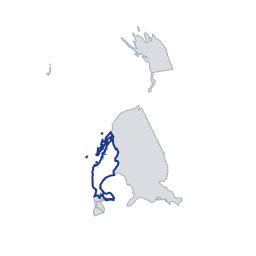 Mexico highlighted, Robinson projection, rotated 64°
{"feature_id": "MEX", "entity_name": "Mexico", "entity_type": "country or territory", "adm_level": 0, "iso_a3": "MEX", "parent_name": "North America", "parent_adm1": "", "projection": "robinson", "projection_center": [-103.635, 23.63], "detail": "fine", "context": "with_neighbors", "style": "outline", "palette": "blue", "viewbox_px": 256, "rotation_deg": 64, "n_neighbors": 6, "source": "natural_earth", "source_scale": "50m", "svg_char_len": 10939}
<svg xmlns="http://www.w3.org/2000/svg" viewBox="0 0 256 256"><g transform="rotate(64 128 128)"><path d="M116.0,107.0L166.5,107.0L166.4,106.1L167.0,106.1L167.4,107.3L168.0,107.7L171.2,108.2L173.0,108.9L174.5,108.6L177.4,109.2L179.0,108.6L185.7,111.8L185.9,112.4L186.4,112.6L186.3,112.9L187.1,112.7L187.7,113.6L188.5,113.9L188.3,114.3L190.4,115.4L191.5,119.5L190.0,123.0L190.2,123.6L190.9,123.9L197.8,121.2L197.2,119.8L198.0,119.4L201.6,119.4L202.1,118.5L204.8,116.2L211.1,116.2L211.2,115.6L212.5,115.1L213.3,112.3L214.4,110.5L215.1,111.1L216.2,110.7L217.2,111.4L217.8,114.6L219.7,116.6L214.2,119.3L213.1,121.2L213.3,122.4L214.1,123.6L214.9,123.7L214.6,122.8L215.2,123.4L215.2,124.0L209.8,125.0L208.3,125.7L211.0,125.2L211.7,125.7L209.1,126.4L207.9,126.4L207.9,126.1L207.4,126.8L208.0,126.9L207.7,128.5L206.5,130.4L206.3,129.8L205.2,129.0L205.7,130.3L206.3,130.7L206.4,131.6L205.0,134.4L205.2,132.7L204.1,131.8L203.7,129.9L203.4,130.9L204.0,132.4L202.7,132.0L204.1,132.8L204.4,135.0L205.0,135.2L205.8,138.3L204.7,140.1L202.7,140.8L201.5,142.2L200.6,142.3L199.6,143.2L199.4,144.0L197.3,145.5L195.5,148.0L195.3,149.7L195.7,151.4L197.5,155.1L197.6,156.1L198.7,158.8L198.6,161.3L198.2,162.8L197.6,163.1L196.6,162.8L196.2,161.7L195.4,161.2L192.9,156.4L193.2,154.9L192.6,153.6L190.9,151.6L190.1,151.2L188.2,152.3L186.8,151.1L185.5,150.5L183.2,150.8L181.5,150.5L179.1,151.1L179.5,151.7L179.5,152.7L180.0,153.1L179.6,153.4L178.8,153.1L178.1,153.5L176.6,153.5L175.1,152.2L173.4,152.5L171.9,152.0L169.0,152.7L167.2,154.4L165.2,155.4L164.1,156.6L163.7,157.6L163.7,159.3L164.2,161.2L163.4,161.3L160.4,160.0L159.3,157.3L158.1,155.9L156.4,152.9L155.0,152.0L153.3,152.0L152.1,153.9L150.4,153.2L149.4,152.5L148.2,149.9L145.3,147.3L141.8,147.3L141.8,148.3L136.3,148.3L128.8,145.5L129.0,145.0L124.2,145.5L123.9,144.3L122.7,142.9L121.8,142.6L121.6,141.9L120.5,141.8L119.8,141.2L118.0,140.9L117.5,140.6L117.4,139.3L115.6,136.9L114.2,133.6L114.3,133.1L112.2,130.3L112.1,128.4L111.1,127.1L111.7,125.2L111.9,123.2L111.4,121.4L112.4,119.2L113.2,115.0L113.2,111.9L112.4,108.8L112.7,108.4L115.3,109.2L116.0,111.3L116.5,110.7L116.0,107.0ZM94.8,62.2L88.9,81.7L90.5,81.8L92.0,82.4L94.1,84.8L96.0,83.5L97.8,82.8L98.5,84.0L100.8,85.9L102.8,89.9L105.4,91.3L105.2,92.7L104.1,93.8L101.9,92.3L101.7,90.3L99.9,88.6L99.4,86.5L95.1,86.3L93.3,85.7L90.4,83.4L86.2,82.2L83.8,82.4L79.2,80.5L77.2,80.9L77.0,82.4L74.0,83.0L70.3,84.2L70.4,82.9L71.9,80.8L73.9,80.2L73.7,79.6L71.1,80.8L69.5,82.2L66.5,83.8L67.4,84.9L65.3,86.4L61.2,88.0L60.4,89.0L57.3,90.1L56.3,91.2L54.0,92.1L52.8,91.9L47.2,94.1L43.9,94.7L43.8,94.3L50.4,91.4L52.7,91.1L53.9,90.2L56.8,88.9L58.9,87.7L59.8,86.0L61.1,84.7L58.9,85.4L58.5,85.0L57.3,85.8L56.6,84.7L55.9,85.5L55.7,84.4L53.6,85.3L52.6,85.3L53.0,84.0L53.6,83.2L52.9,82.4L50.5,82.8L48.7,81.3L49.2,80.1L48.4,79.2L49.6,78.0L51.5,76.8L52.6,75.7L54.0,75.5L54.9,75.9L56.7,74.8L57.8,75.0L59.3,74.4L59.4,73.4L58.7,73.0L60.2,72.2L57.3,72.7L56.6,73.1L55.6,72.7L53.2,72.9L51.1,72.4L50.9,71.6L49.5,70.4L56.2,68.5L57.5,68.5L56.7,69.6L60.1,69.5L59.4,68.2L57.9,67.5L56.3,65.6L54.6,64.9L56.0,63.9L58.7,63.8L61.1,62.9L61.9,61.9L64.0,61.0L68.9,59.9L70.1,60.0L73.0,59.0L75.0,59.4L75.6,60.3L76.5,59.9L78.9,60.0L78.6,60.5L80.7,60.8L82.4,60.6L89.1,61.6L91.2,61.3L94.8,62.2ZM41.7,74.3L42.5,74.7L43.6,74.5L46.1,75.4L44.4,76.0L43.0,75.2L41.5,75.3L41.2,75.1L41.7,74.3ZM44.9,174.9L46.0,176.2L44.1,177.6L43.6,177.3L43.5,175.8L44.0,175.1L44.0,174.4L44.9,174.9ZM43.8,173.3L42.9,173.7L42.4,172.9L42.6,172.7L43.8,173.3ZM42.4,172.3L42.3,172.5L41.2,172.5L41.4,172.2L42.4,172.3ZM39.9,171.0L40.6,172.0L40.4,172.1L39.6,172.0L39.3,171.3L39.9,171.0ZM37.2,169.8L37.0,170.6L36.3,170.2L36.8,169.8L37.2,169.8ZM46.7,81.5L47.9,81.7L47.7,82.6L46.5,82.9L44.9,81.9L46.7,81.5ZM66.8,86.8L67.9,87.0L68.4,87.7L64.6,89.5L63.9,89.0L64.0,87.9L66.8,86.8Z" fill="#d9dde1" stroke="#a8b0b8" stroke-width="1"/><path d="M192.5,196.5L192.0,197.0L190.4,196.1L189.9,196.5L188.5,195.8L188.2,196.1L184.1,191.8L184.3,191.5L184.7,191.8L185.4,191.6L186.0,191.0L185.9,189.8L186.9,189.8L187.3,189.2L187.9,189.6L189.2,188.4L189.7,187.4L190.7,187.8L192.6,186.8L193.3,186.9L193.1,187.7L193.3,188.5L192.6,190.3L192.8,193.0L192.5,193.2L192.5,194.9L192.0,195.5L192.5,196.5Z" fill="#d9dde1" stroke="#a8b0b8" stroke-width="1"/><path d="M193.3,186.9L192.6,186.8L190.7,187.8L189.7,187.4L189.2,188.4L187.9,189.6L187.3,189.2L186.9,189.8L185.9,189.8L186.0,191.0L184.8,191.6L184.4,190.9L183.8,190.7L183.9,189.8L183.6,189.5L182.3,189.6L180.5,188.2L181.0,187.6L180.9,186.7L183.5,184.8L185.5,185.1L187.4,184.5L188.5,184.8L189.5,184.5L190.8,184.9L193.3,186.9Z" fill="#d9dde1" stroke="#a8b0b8" stroke-width="1"/><path d="M180.5,188.2L182.3,189.6L183.2,189.3L183.9,189.8L183.6,191.3L181.6,191.0L179.6,190.4L179.0,189.9L180.2,188.7L180.1,188.4L180.5,188.2Z" fill="#d9dde1" stroke="#a8b0b8" stroke-width="1"/><path d="M174.6,188.0L174.9,186.7L174.6,186.3L175.5,184.4L178.2,184.4L178.2,183.6L176.1,181.6L177.0,181.6L177.0,180.2L180.8,180.3L180.7,184.8L182.8,185.2L180.9,186.7L181.0,187.6L180.5,188.2L180.1,188.4L180.2,188.7L179.0,189.9L176.7,189.4L174.6,188.0Z" fill="#d9dde1" stroke="#a8b0b8" stroke-width="1"/><path d="M180.7,184.8L181.0,179.8L181.4,180.1L182.1,178.6L182.9,179.0L182.5,183.3L181.4,184.8L180.7,184.8Z" fill="#d9dde1" stroke="#a8b0b8" stroke-width="1"/><path d="M124.2,145.5L129.0,145.0L128.8,145.5L136.2,148.3L141.9,148.3L141.9,147.2L145.4,147.3L146.0,148.0L146.3,148.1L147.3,149.1L148.4,150.1L148.9,151.1L148.9,151.5L149.0,151.8L149.5,152.5L150.3,153.0L150.6,153.1L151.8,153.8L152.1,153.7L152.5,153.3L152.8,152.3L153.1,152.0L153.3,152.0L153.6,151.8L153.8,151.8L154.3,151.9L155.2,151.9L155.4,152.0L156.8,153.4L157.7,155.0L157.7,155.4L158.1,155.8L158.8,156.8L159.3,157.2L159.3,157.7L159.5,158.1L159.5,158.4L159.9,159.1L160.2,159.8L160.9,160.1L161.0,160.2L161.7,160.5L161.9,160.6L162.8,160.8L163.3,160.9L163.7,161.2L163.9,161.0L164.2,161.0L164.1,161.5L163.5,163.2L163.1,164.7L163.0,166.2L163.0,168.1L162.8,168.9L162.8,169.1L163.0,170.1L163.4,170.8L163.9,171.4L163.7,172.1L163.7,171.9L163.8,171.4L163.4,170.9L163.0,170.3L163.3,171.3L163.5,171.6L164.2,173.2L164.2,173.4L165.7,175.4L166.1,176.6L166.7,177.3L166.9,177.7L167.2,177.9L166.8,177.8L167.5,178.2L167.3,178.0L167.6,178.1L168.4,178.1L168.7,178.5L169.2,178.6L169.7,179.4L169.9,179.4L170.4,179.3L171.7,178.8L172.6,178.8L173.1,178.7L173.3,178.6L173.5,178.4L174.0,178.2L175.0,178.1L175.2,178.3L175.0,178.5L175.3,178.7L175.9,178.7L176.4,178.3L176.4,178.1L176.2,177.9L176.3,177.7L176.0,177.8L176.1,177.7L177.0,177.1L177.5,176.6L177.6,175.7L178.0,175.2L177.9,173.8L178.2,172.7L179.3,172.1L181.2,171.7L182.0,171.4L183.0,171.3L184.5,171.7L184.6,171.4L184.2,171.4L184.7,171.2L184.9,171.3L185.4,171.7L185.4,172.2L185.5,172.4L185.2,173.2L184.6,173.9L184.2,174.5L184.2,174.8L184.2,175.4L183.9,175.6L183.7,175.9L183.8,176.1L184.3,176.1L184.2,176.4L183.8,176.6L183.8,176.8L184.0,176.7L184.1,176.8L183.8,177.9L183.7,178.3L183.6,179.0L183.4,179.2L183.2,178.8L183.1,178.7L183.1,178.1L183.1,177.8L182.7,178.1L182.7,178.3L182.5,178.7L182.1,178.7L181.9,179.1L181.5,179.9L181.3,180.0L181.0,179.8L180.8,179.9L180.8,180.2L177.0,180.2L177.0,181.6L176.2,181.6L177.1,182.5L177.6,182.9L177.8,183.3L178.3,183.6L178.2,184.4L175.6,184.4L174.6,186.2L174.9,186.7L174.7,187.0L174.7,187.3L174.7,187.6L174.6,188.0L173.4,186.6L172.6,185.8L171.1,184.4L170.1,183.9L170.0,184.0L170.5,184.2L170.9,184.5L169.9,184.1L169.5,184.0L169.7,183.8L169.6,183.7L169.3,183.8L169.2,183.7L168.8,183.9L169.2,184.0L168.5,184.1L167.9,184.6L167.2,184.8L166.3,185.3L165.7,185.3L165.1,185.2L164.3,184.7L163.1,184.6L162.3,184.0L161.6,183.8L161.1,183.3L159.1,182.8L158.5,182.4L156.8,181.7L155.6,180.9L155.4,180.7L155.2,180.6L154.5,179.9L153.9,179.9L152.9,179.7L151.4,179.0L150.4,177.8L149.4,177.2L148.3,176.7L148.0,176.1L147.6,175.8L147.2,175.1L146.8,174.2L147.1,173.9L147.4,173.9L147.7,173.7L147.5,173.3L147.2,173.2L147.7,172.4L147.8,171.6L147.3,171.3L146.9,170.4L146.9,169.6L146.6,168.9L145.4,167.5L145.0,166.9L144.3,165.9L142.6,164.5L143.1,164.8L143.1,164.5L142.5,164.4L142.2,164.2L142.1,163.8L141.6,163.1L141.9,163.2L142.1,163.2L141.4,162.8L140.7,162.4L140.6,162.0L140.1,162.1L140.2,161.9L140.4,161.5L140.1,161.7L139.7,161.9L139.4,161.5L139.3,160.8L139.8,160.2L139.9,160.3L139.7,160.1L139.6,159.6L139.2,159.2L138.6,159.2L138.4,158.8L138.3,158.3L137.6,158.2L137.2,157.8L137.0,157.5L136.9,157.0L137.1,156.5L136.7,156.4L136.3,156.4L135.9,156.3L135.6,155.9L135.2,155.3L134.8,155.1L134.3,154.2L133.9,153.8L133.8,153.2L133.5,153.0L133.4,152.5L132.8,151.5L132.6,150.7L132.2,149.9L132.1,149.6L132.1,149.2L132.2,148.9L132.2,148.7L131.1,148.3L131.1,148.0L130.8,147.8L130.5,147.6L130.4,147.8L130.1,147.9L128.5,147.0L128.8,147.6L128.7,147.8L128.6,148.7L128.8,149.2L128.9,149.6L129.0,150.2L129.0,150.9L129.1,151.4L129.5,151.8L129.9,152.1L130.7,152.9L131.1,153.6L131.2,154.0L131.4,153.9L131.5,154.3L131.8,154.3L132.0,155.0L132.4,155.2L132.4,155.5L132.6,155.7L132.5,156.0L132.7,156.6L133.0,157.0L133.5,157.3L133.7,158.1L134.1,158.3L134.1,158.6L134.3,158.9L134.4,159.3L134.6,159.5L134.5,159.1L134.5,158.8L135.0,159.2L135.0,159.5L135.2,159.9L135.4,160.6L135.5,161.4L135.8,161.9L136.0,162.0L136.3,162.9L136.7,163.6L136.6,164.2L136.7,164.8L137.0,165.1L137.3,165.4L137.5,165.2L137.4,164.9L137.5,164.8L138.0,165.2L138.4,165.8L138.6,166.1L138.7,166.4L139.1,166.6L139.2,166.9L139.1,167.6L138.4,168.2L138.0,168.2L137.9,168.0L137.7,167.2L137.3,166.6L136.8,166.2L136.0,165.4L135.2,164.8L134.7,164.3L134.4,164.3L134.3,164.0L133.9,163.6L133.8,163.2L133.9,162.1L133.7,161.1L133.3,160.4L132.8,160.1L132.0,159.5L131.8,159.2L131.8,158.7L131.5,159.0L131.2,159.0L130.9,159.2L130.4,158.6L130.1,158.6L129.9,158.3L129.2,158.0L129.0,157.5L128.1,156.8L128.0,156.5L129.0,156.7L129.5,156.5L129.8,156.9L130.0,156.9L129.8,156.8L129.8,156.6L129.8,156.4L129.6,156.3L129.8,156.1L130.0,155.6L130.1,155.2L129.9,154.7L128.3,153.0L127.9,152.8L126.9,152.0L126.7,151.6L126.6,150.7L126.3,150.5L126.2,149.5L125.7,149.2L125.7,148.6L125.1,147.8L125.1,147.4L125.2,147.1L124.7,146.7L124.6,146.3L124.3,145.9L124.2,145.5ZM133.8,153.8L133.6,154.4L133.2,154.2L133.3,153.4L133.6,153.2L133.8,153.8ZM131.9,153.7L131.7,153.6L131.2,153.1L131.1,152.8L131.0,152.5L131.4,152.7L131.5,153.0L131.8,153.1L131.9,153.7ZM185.6,173.7L185.1,174.4L185.0,174.2L185.1,173.9L185.6,173.7ZM133.9,164.3L133.7,164.1L133.7,163.9L133.4,163.8L133.6,163.4L133.7,162.6L133.8,162.7L133.6,163.6L133.9,164.3ZM127.8,155.8L127.7,156.1L127.4,155.9L127.6,155.7L127.6,155.4L127.8,155.8ZM121.7,153.9L121.6,154.0L121.4,153.5L121.4,153.4L121.5,153.4L121.7,153.9ZM134.6,164.7L134.6,164.8L134.0,164.4L134.3,164.4L134.6,164.7ZM145.2,171.3L145.1,171.5L144.9,171.4L144.9,171.1L145.1,171.1L145.2,171.3ZM136.9,163.3L137.0,163.5L136.8,163.3L136.7,163.1L136.9,163.3ZM135.9,160.7L135.9,161.0L135.8,160.9L135.6,161.3L135.7,160.8L135.9,160.7ZM136.1,178.0L135.9,178.1L135.9,177.8L136.1,178.0ZM175.6,178.2L175.3,178.2L175.8,178.0L175.6,178.2ZM138.5,165.3L138.3,165.1L138.3,164.8L138.5,165.2L138.5,165.3Z" fill="none" stroke="#1e3a8a" stroke-width="2"/></g></svg>